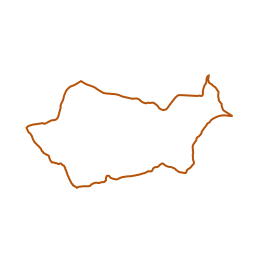 outline of Butula, Western, Kenya, rotated 194°
{"feature_id": "3690345B92166802171620", "entity_name": "Butula", "entity_type": "district", "adm_level": 2, "iso_a3": "KEN", "parent_name": "Kenya", "parent_adm1": "Western", "projection": "robinson", "projection_center": [34.286, 0.344], "detail": "fine", "context": "isolated", "style": "outline", "palette": "amber", "viewbox_px": 256, "rotation_deg": 194, "n_neighbors": 0, "source": "geoboundaries", "source_scale": "gbopen_adm2", "svg_char_len": 5757}
<svg xmlns="http://www.w3.org/2000/svg" viewBox="0 0 256 256"><g transform="rotate(194 128 128)"><path d="M167.6,59.1L167.0,59.0L166.4,58.9L165.9,58.5L165.3,58.5L164.4,58.3L163.7,58.0L163.1,57.6L162.5,58.1L162.1,58.6L161.4,59.1L159.9,59.7L159.0,59.9L157.7,60.5L156.7,60.8L154.5,61.3L153.9,61.5L153.3,61.7L151.8,62.1L151.0,62.6L150.4,63.2L150.2,63.8L149.9,64.4L147.5,66.4L146.8,66.8L146.0,67.1L145.2,67.3L144.3,67.4L143.3,67.4L142.7,67.6L141.9,68.1L141.1,68.7L140.4,69.1L139.8,69.3L139.1,69.4L138.3,69.7L137.6,70.3L137.4,71.1L136.8,71.8L136.9,72.7L137.2,73.5L137.2,74.5L137.1,75.4L137.1,76.1L136.6,76.6L136.0,76.8L135.4,76.9L134.6,76.8L133.8,76.2L133.1,75.6L132.2,75.4L131.2,75.2L129.4,75.1L128.5,75.2L127.7,75.2L126.9,75.3L126.0,75.7L125.4,76.1L124.9,76.6L124.3,77.1L123.5,77.7L122.7,78.3L122.0,78.7L121.3,79.1L120.4,79.4L119.2,80.0L118.5,80.3L117.6,80.6L116.6,81.0L115.3,81.4L113.7,81.9L112.9,82.2L111.7,82.8L110.8,83.1L108.6,84.2L107.1,84.9L106.2,85.3L103.4,86.9L102.4,87.6L101.0,88.3L99.6,89.4L98.5,90.5L97.9,91.0L97.2,91.1L96.3,91.1L95.5,91.3L94.9,91.7L94.3,92.3L94.1,92.9L93.9,94.4L93.6,95.2L93.2,95.7L92.6,96.3L91.6,96.8L90.7,97.0L90.0,97.3L89.6,97.8L89.0,98.4L88.5,99.4L87.9,100.2L87.1,101.1L86.4,101.8L85.7,101.9L85.0,101.8L84.4,101.6L83.8,101.2L82.9,100.7L82.2,100.6L80.6,100.3L79.8,100.2L78.9,100.2L78.1,100.3L77.2,100.5L76.1,100.5L75.2,100.3L74.2,100.2L73.2,100.0L72.5,99.8L72.0,99.6L71.4,99.1L70.8,98.7L69.3,98.3L68.7,97.9L68.1,97.7L66.5,97.7L65.5,97.8L64.4,97.9L63.4,97.9L62.1,97.9L61.1,98.4L60.9,99.5L60.6,100.2L60.5,101.2L60.3,102.0L59.6,102.7L59.1,103.1L58.6,103.8L57.6,105.1L57.2,105.8L56.9,106.6L56.6,107.4L56.1,108.2L55.7,109.0L55.5,109.7L55.7,110.5L56.0,111.3L56.7,112.1L57.2,113.1L57.6,113.9L57.8,114.5L57.9,115.4L58.7,117.6L58.7,118.4L58.7,119.8L59.0,120.6L59.6,121.5L59.7,122.7L60.1,123.6L60.5,124.3L60.7,125.5L60.8,126.6L60.7,127.5L60.5,128.2L59.7,130.3L59.4,131.2L58.9,132.1L58.7,133.1L58.9,134.0L59.0,134.7L58.7,135.4L58.2,136.0L57.7,136.5L57.2,137.1L56.2,138.8L55.7,139.7L55.5,140.7L55.6,141.7L55.4,142.6L54.9,144.2L54.5,145.1L54.2,145.9L53.4,147.5L53.0,148.7L52.5,149.7L52.4,150.4L52.2,151.3L51.6,152.0L51.0,152.5L50.3,153.2L50.0,153.8L49.7,154.7L49.3,155.8L48.7,156.5L48.2,157.1L47.7,157.6L47.1,158.1L45.5,159.6L43.7,160.9L42.8,161.5L41.2,162.3L39.6,163.0L37.6,163.6L34.9,164.0L29.5,164.8L35.3,166.7L39.3,168.1L40.1,168.5L41.2,170.0L41.5,170.6L42.4,171.9L43.0,173.9L43.4,174.4L44.1,174.8L44.8,175.3L45.5,175.9L46.6,176.8L46.8,177.6L47.0,178.3L47.4,179.0L47.8,179.7L48.1,180.4L48.3,181.2L48.5,182.1L48.7,183.8L48.9,184.7L49.3,185.5L50.0,185.9L50.7,186.4L51.4,187.2L52.2,187.9L52.9,188.4L53.5,188.8L54.2,189.0L54.8,189.2L55.9,189.7L57.1,190.5L57.6,190.7L58.3,190.9L59.1,191.1L60.5,191.7L60.9,192.5L61.4,193.5L62.0,194.3L62.1,196.4L62.2,197.5L62.4,198.4L63.1,197.7L63.6,196.5L63.6,195.0L63.5,193.9L63.1,191.5L63.1,190.3L63.3,189.7L63.7,189.0L64.0,188.1L64.1,186.8L64.3,185.8L64.3,184.8L64.3,183.6L64.4,182.6L64.4,181.9L64.0,180.9L63.7,180.2L63.5,178.5L64.1,177.0L64.9,176.8L65.8,176.7L66.5,176.7L67.6,176.2L69.1,175.7L69.8,175.6L74.4,174.7L81.1,173.4L85.1,172.6L85.9,172.4L86.9,172.1L88.0,171.0L88.5,170.3L89.3,169.0L89.8,168.2L90.2,167.3L91.8,163.6L93.2,160.4L93.6,159.4L94.4,157.3L95.2,155.7L95.8,155.1L96.8,154.6L97.6,154.1L98.2,154.0L99.7,154.0L100.8,154.2L101.5,154.4L102.2,154.6L103.0,155.1L104.2,156.3L104.9,156.7L106.1,157.4L108.2,158.3L109.1,158.6L109.9,158.6L110.9,158.3L112.0,157.9L112.8,157.6L114.1,157.4L114.8,157.4L115.3,157.1L116.0,156.6L116.7,156.3L117.4,156.2L118.6,156.3L119.8,156.5L120.7,156.7L121.5,157.0L122.6,157.6L123.2,158.0L123.8,158.3L126.0,158.7L126.9,158.7L128.1,158.4L129.7,157.8L130.5,157.5L131.1,157.4L134.9,157.3L141.4,157.2L142.0,157.3L143.0,157.5L144.0,157.7L145.1,157.8L147.0,157.8L147.7,157.8L148.5,157.7L150.6,157.4L154.2,156.8L155.9,156.5L157.8,156.2L159.6,156.1L160.4,156.1L161.6,156.4L163.9,157.1L165.6,157.6L167.8,158.4L169.7,159.2L172.3,159.7L173.5,159.8L176.4,160.1L177.9,160.2L178.5,160.3L179.6,160.5L181.4,161.0L183.1,161.5L184.2,161.9L185.0,162.1L187.6,159.4L188.3,158.7L189.0,158.0L189.5,157.5L190.2,157.1L190.9,156.3L191.7,155.7L192.3,155.4L192.8,155.0L193.6,154.5L194.2,153.9L194.6,153.4L195.0,152.8L196.1,151.1L196.7,149.8L197.1,148.8L197.3,147.2L197.5,146.0L197.7,145.0L197.8,143.9L197.8,143.1L197.8,140.0L197.8,139.3L198.0,138.4L198.2,137.4L198.5,136.0L198.8,135.0L198.8,134.2L198.8,133.4L198.7,132.7L198.3,131.9L198.3,130.3L198.3,128.2L198.4,127.4L198.4,125.7L198.4,124.2L198.5,121.6L198.9,120.3L199.4,119.5L199.8,118.9L200.6,118.3L201.6,117.9L202.5,117.4L203.6,117.1L204.4,116.7L207.5,113.9L209.2,112.4L210.0,111.9L211.1,112.0L211.8,112.1L212.4,111.9L215.4,110.6L220.1,108.7L221.2,108.2L223.4,106.9L224.8,106.0L225.5,105.3L226.1,104.5L226.5,103.7L226.1,103.1L225.0,101.6L224.0,100.6L223.4,99.8L222.6,99.4L221.7,99.1L220.9,98.4L220.1,97.7L219.3,96.9L218.9,96.1L218.3,95.4L217.8,94.5L217.3,93.9L216.8,93.3L216.2,92.8L215.6,92.0L215.0,91.5L213.3,90.5L211.9,89.5L211.0,89.2L210.4,88.9L210.0,88.5L209.2,88.0L208.4,87.4L207.6,87.0L207.0,86.3L206.6,85.4L206.0,84.9L205.4,84.8L204.8,84.2L204.4,83.7L203.7,83.3L202.9,83.2L202.3,82.9L201.5,82.7L200.6,82.3L199.8,82.4L199.1,82.2L198.3,81.9L197.6,81.1L197.3,80.2L196.9,79.7L196.4,79.1L196.1,78.5L195.7,78.0L195.0,77.4L194.2,76.8L193.7,76.2L193.0,76.3L192.1,76.7L190.9,76.4L190.2,76.4L189.5,76.5L188.8,76.6L188.0,76.4L187.1,76.1L186.3,76.3L185.9,76.8L185.4,77.2L184.7,77.3L184.1,77.2L183.5,76.7L182.6,76.2L181.7,76.1L180.9,75.8L180.2,74.9L179.4,74.3L179.1,73.3L178.7,72.7L177.9,72.1L177.6,71.2L176.9,70.5L176.4,69.5L175.8,68.7L175.5,68.1L175.1,67.5L174.4,66.8L173.8,66.1L173.4,65.4L172.9,64.7L172.2,64.0L171.4,63.0L170.8,62.3L169.8,61.1L169.3,60.6L168.8,60.2L168.0,59.9L167.6,59.1Z" fill="none" stroke="#b45309" stroke-width="2"/></g></svg>